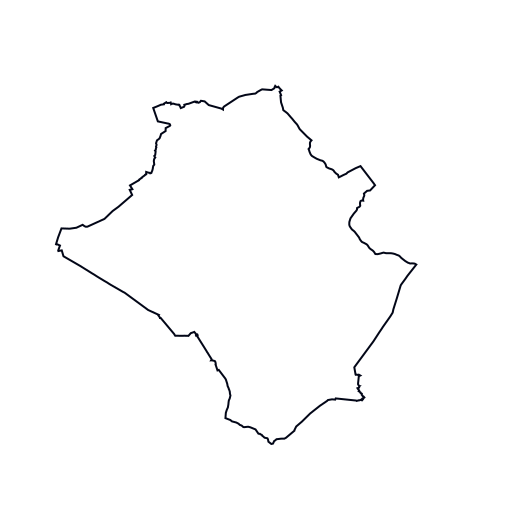 outline of Villamar, Michoacán, Mexico, rotated 311°
{"feature_id": "50627088B25056877567823", "entity_name": "Villamar", "entity_type": "district", "adm_level": 2, "iso_a3": "MEX", "parent_name": "Mexico", "parent_adm1": "Michoacán", "projection": "robinson", "projection_center": [-102.58, 19.992], "detail": "fine", "context": "isolated", "style": "outline", "palette": "ink", "viewbox_px": 512, "rotation_deg": 311, "n_neighbors": 0, "source": "geoboundaries", "source_scale": "gbopen_adm2", "svg_char_len": 6086}
<svg xmlns="http://www.w3.org/2000/svg" viewBox="0 0 512 512"><g transform="rotate(311 256 256)"><path d="M268.7,400.6L279.4,399.1L283.7,398.6L285.6,398.3L298.4,397.0L302.9,396.3L305.8,394.7L317.0,389.8L328.7,384.5L329.7,384.3L336.9,383.7L340.4,383.3L354.7,382.6L354.4,380.9L353.9,380.0L353.1,379.0L352.3,378.1L351.4,377.1L351.0,375.9L350.6,375.0L350.1,371.9L350.0,369.9L349.9,368.0L349.9,366.2L350.1,365.0L350.0,363.4L349.2,361.4L348.6,359.5L347.8,357.9L346.9,356.4L345.8,355.0L343.9,352.9L343.2,351.9L342.7,350.9L342.3,350.1L341.3,349.4L339.7,348.4L338.3,347.4L337.2,346.6L335.8,344.8L336.5,342.5L336.7,340.9L336.6,339.5L336.4,338.0L336.4,336.4L336.8,334.9L337.3,333.3L337.4,331.8L336.9,329.6L336.7,328.7L336.4,327.8L336.1,326.6L336.4,324.8L336.8,323.3L337.6,321.6L338.6,316.7L339.0,314.8L339.1,313.2L339.0,312.1L339.0,310.8L339.7,308.0L340.2,306.7L341.1,305.6L342.1,304.8L342.7,304.3L343.0,304.1L346.4,302.6L352.2,302.0L354.5,302.0L356.2,302.0L357.4,301.7L358.1,301.1L358.6,300.8L359.3,301.1L360.4,301.6L361.3,301.8L362.3,301.7L362.9,301.0L363.8,300.1L364.4,299.6L365.2,299.2L366.0,298.9L367.0,299.2L367.4,299.6L367.7,300.0L368.1,300.6L368.5,300.1L369.1,299.6L369.9,299.1L370.4,298.8L371.1,298.6L372.1,298.3L373.0,297.8L373.9,296.5L377.3,297.0L378.1,297.1L380.3,299.1L385.3,299.3L387.5,299.4L388.1,297.0L392.4,275.9L387.7,273.6L379.2,270.3L377.4,270.2L374.6,268.9L371.1,267.5L369.7,266.9L371.1,264.6L370.8,262.3L371.0,259.8L371.4,258.6L371.4,257.5L371.2,256.5L370.7,255.2L370.1,253.9L369.5,251.7L369.4,250.6L369.9,249.8L370.8,248.5L371.4,246.5L371.6,244.9L371.4,243.6L370.5,241.8L369.2,238.0L368.5,234.4L368.2,232.4L368.4,231.2L368.7,230.2L369.9,227.8L370.7,226.6L371.2,225.5L372.4,225.5L373.7,225.2L374.7,224.5L375.6,223.5L376.9,222.4L378.2,222.0L379.7,222.0L379.6,216.2L380.4,205.8L380.5,205.6L380.7,204.9L381.8,202.0L382.2,200.7L382.5,198.2L382.6,197.3L383.0,195.0L383.3,193.4L383.6,191.0L384.3,186.2L384.2,183.8L384.1,182.7L384.0,180.9L385.5,179.0L388.4,174.1L392.2,170.1L393.0,169.3L393.8,169.5L395.6,166.0L397.8,166.8L398.0,164.2L398.4,161.8L397.7,161.6L396.9,160.7L397.0,158.9L395.8,159.2L394.6,159.8L391.4,158.8L385.8,151.3L384.7,150.8L383.3,150.3L380.4,149.3L379.4,149.3L378.1,148.9L376.4,147.3L371.1,142.8L370.9,142.6L370.5,142.3L370.4,142.2L370.2,142.1L365.2,138.8L363.8,138.3L348.1,133.9L347.4,133.8L346.9,133.9L346.1,134.0L344.9,135.0L344.5,133.1L338.9,121.3L339.0,115.8L337.0,112.6L335.3,112.7L334.0,112.1L333.8,111.9L333.7,111.2L333.4,110.8L333.2,110.7L332.8,110.3L332.2,108.6L332.7,108.8L332.5,108.5L331.3,107.8L326.6,105.2L325.2,104.0L324.8,103.8L324.2,103.4L323.1,102.7L322.5,103.5L321.4,103.8L318.3,102.2L319.7,99.2L319.4,99.0L319.6,98.4L318.8,97.6L317.7,95.8L316.9,93.9L316.3,93.2L316.2,93.2L315.6,92.3L315.3,92.4L314.9,92.3L315.8,90.9L315.5,90.8L315.1,90.5L313.9,89.3L313.4,88.8L313.3,88.7L313.1,88.4L313.1,88.2L313.2,87.4L311.5,86.9L310.6,86.6L310.1,87.0L307.8,85.0L304.2,83.3L300.3,81.3L293.2,93.6L298.1,102.5L298.5,103.1L298.8,103.9L298.9,104.7L298.3,105.6L297.6,105.6L295.3,104.7L293.3,103.9L291.0,105.8L287.2,104.7L285.8,104.3L283.9,105.2L281.6,106.0L280.4,105.9L278.3,105.4L275.5,106.6L274.7,108.0L273.9,108.4L273.0,108.7L272.5,109.6L271.6,109.8L270.4,110.7L269.3,110.6L269.0,111.7L266.2,113.6L265.4,113.7L264.8,113.6L264.4,114.3L264.3,115.3L262.2,115.6L260.6,116.6L258.2,119.3L256.7,119.3L254.9,120.3L254.4,120.7L253.4,121.2L252.2,121.8L251.6,121.9L251.2,122.0L250.4,122.4L250.3,122.5L250.0,122.5L249.3,122.2L249.1,122.0L249.2,121.9L248.9,121.1L248.1,119.7L247.4,118.0L245.7,119.4L245.1,119.2L245.1,119.3L244.9,119.2L243.8,119.1L242.2,118.7L240.1,118.3L240.0,118.5L237.0,117.7L236.6,118.0L226.6,114.6L225.3,118.9L225.1,118.8L223.4,117.5L223.1,117.3L220.8,122.5L202.9,119.9L195.9,118.3L184.6,117.3L167.5,109.5L166.4,108.3L166.0,107.0L165.8,104.7L159.5,101.9L154.4,97.5L149.2,91.1L140.3,94.4L132.9,97.7L134.2,97.6L135.3,101.2L130.4,103.1L130.1,103.6L131.8,104.9L132.8,105.7L129.6,110.7L129.5,110.9L133.3,130.6L133.5,132.1L135.3,143.4L135.8,146.2L136.2,149.1L136.7,152.1L137.2,154.9L137.7,157.9L138.3,160.9L138.7,163.9L138.9,164.8L138.9,165.0L141.7,179.4L142.1,180.8L144.5,210.1L147.8,221.3L147.1,221.3L146.5,223.9L146.2,224.2L146.7,224.8L143.4,245.6L143.2,246.0L142.8,247.3L143.0,247.6L144.6,249.4L145.5,250.5L149.1,254.6L151.3,257.2L151.4,257.4L155.0,257.4L157.7,259.0L158.2,259.2L157.7,262.5L156.9,262.5L156.7,262.9L158.3,263.2L158.3,263.3L158.1,263.5L157.6,264.3L157.1,264.6L156.8,264.5L156.2,266.6L155.6,268.5L153.4,275.8L151.8,281.0L151.4,282.1L151.1,283.4L150.7,284.5L149.0,290.1L148.9,290.1L148.6,290.5L148.3,290.5L147.8,290.6L148.1,290.9L148.3,291.2L149.2,292.7L149.7,294.0L149.3,294.9L149.3,295.0L148.0,296.6L147.6,296.6L144.4,302.0L145.6,302.6L143.4,313.1L143.0,314.3L140.7,318.1L139.9,319.1L139.3,319.8L138.1,322.4L137.7,322.8L137.4,323.6L136.5,325.1L134.8,326.9L134.0,328.2L131.1,329.7L129.3,330.2L127.7,331.2L125.9,332.5L123.3,334.1L120.7,334.9L117.9,336.1L113.6,339.3L115.4,344.3L115.4,345.5L115.4,346.3L117.4,350.4L118.0,352.9L117.9,354.5L118.6,356.4L118.6,358.6L119.0,359.3L122.0,362.1L123.0,364.1L124.8,369.4L123.5,374.4L123.8,374.9L124.4,375.7L124.3,376.3L124.8,377.7L124.4,378.9L124.6,379.8L124.5,380.7L124.5,381.7L124.9,382.4L125.9,384.2L125.5,385.3L124.0,387.2L124.1,389.0L124.2,390.9L125.6,391.9L128.3,391.1L129.1,391.4L131.2,391.7L132.6,393.0L134.4,394.6L135.9,396.2L136.7,397.2L138.5,397.9L139.8,398.1L149.4,399.6L149.9,399.2L153.7,398.2L161.1,399.3L172.7,400.2L184.9,402.5L193.2,404.7L194.5,404.8L197.7,407.4L199.6,410.0L200.8,409.6L212.6,426.4L212.7,427.1L213.5,427.5L214.0,428.0L214.5,428.2L215.0,428.8L216.1,429.3L216.6,430.7L218.0,430.7L218.2,429.8L218.9,430.1L219.2,430.4L220.3,430.6L220.5,429.5L220.3,428.7L220.2,428.5L220.5,428.0L220.6,426.8L221.5,426.2L221.2,424.8L221.6,424.4L221.4,422.4L221.9,422.5L222.2,422.1L222.6,419.8L222.8,419.3L224.1,420.1L224.6,420.0L225.4,419.5L225.5,419.5L225.4,419.4L225.6,419.3L226.0,417.4L226.7,416.7L232.7,412.5L234.2,413.1L233.9,411.5L233.5,411.5L233.2,411.2L232.8,410.3L232.5,409.8L231.8,409.3L231.8,409.0L236.5,403.2L268.7,400.6Z" fill="none" stroke="#020617" stroke-width="2"/></g></svg>